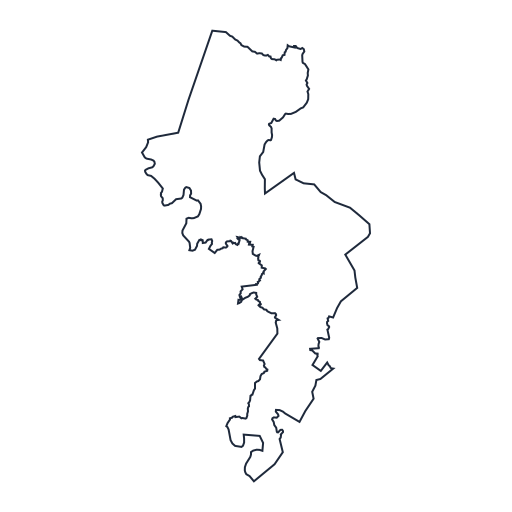 the district of Igualapa, Guerrero, Mexico
{"feature_id": "50627088B45724771957529", "entity_name": "Igualapa", "entity_type": "district", "adm_level": 2, "iso_a3": "MEX", "parent_name": "Mexico", "parent_adm1": "Guerrero", "projection": "natural_earth1", "projection_center": [-98.499, 16.781], "detail": "fine", "context": "isolated", "style": "outline", "palette": "slate", "viewbox_px": 512, "rotation_deg": 0, "n_neighbors": 0, "source": "geoboundaries", "source_scale": "gbopen_adm2", "svg_char_len": 6061}
<svg xmlns="http://www.w3.org/2000/svg" viewBox="0 0 512 512"><path d="M253.9,481.3L274.6,464.2L282.8,452.2L279.6,439.0L280.7,437.6L281.1,434.5L280.9,434.3L283.0,432.1L283.0,431.1L282.2,429.8L280.8,429.8L280.2,430.1L278.1,432.4L277.2,432.3L276.8,431.7L276.2,427.7L274.3,425.1L273.7,422.0L272.1,419.4L272.5,418.2L273.8,417.4L276.7,417.7L278.5,415.9L278.1,414.4L275.8,411.6L276.0,409.9L279.6,410.1L282.9,411.6L285.2,413.5L299.5,421.9L305.4,410.9L313.6,398.7L312.2,391.8L315.4,385.6L316.4,380.0L320.4,379.0L333.2,368.6L331.3,368.3L330.6,367.8L329.8,366.2L328.6,365.2L327.2,362.5L320.8,370.9L312.5,365.0L317.7,356.3L317.3,354.9L317.7,354.2L317.6,353.6L315.3,353.5L312.2,350.4L310.3,350.1L310.1,348.8L318.8,348.2L318.9,347.5L318.4,346.1L318.6,343.9L319.3,341.9L317.6,338.5L317.9,338.1L321.6,338.0L325.1,339.5L328.8,339.2L329.2,337.8L327.4,329.6L328.1,329.2L329.2,327.0L329.0,326.3L327.5,325.2L327.0,323.2L327.1,321.9L328.2,320.9L327.6,318.4L328.6,317.8L329.1,316.4L333.1,317.5L337.1,308.0L340.9,301.3L357.2,287.9L355.3,277.5L354.5,270.5L345.3,254.6L367.9,236.9L370.0,233.3L369.4,224.2L359.1,215.2L350.0,207.7L334.7,202.0L326.2,195.2L320.7,192.1L314.2,184.4L303.6,183.3L295.6,179.4L294.0,172.9L265.0,193.5L264.8,188.2L264.9,179.2L262.0,174.7L260.0,170.7L259.2,162.5L259.9,156.3L263.2,152.0L264.6,144.4L266.2,141.9L267.7,140.4L268.7,140.0L270.5,140.3L271.0,140.0L271.9,137.3L272.1,135.1L271.6,132.4L271.6,128.4L271.0,126.9L269.2,125.3L268.9,124.4L269.1,123.8L271.3,123.0L273.6,118.7L275.1,119.0L275.8,120.4L276.9,121.0L279.2,120.7L283.0,117.4L285.1,114.1L285.8,113.6L288.1,114.0L291.0,113.9L295.8,111.9L300.7,108.4L303.2,107.4L306.8,102.7L308.2,99.2L308.3,94.2L307.5,91.5L309.1,88.9L306.9,85.7L306.6,84.5L307.4,83.0L305.9,80.5L306.7,79.3L307.9,75.5L307.7,73.0L308.4,69.4L305.0,64.1L302.8,62.8L302.5,61.8L302.2,55.2L302.6,53.9L304.3,51.5L303.8,49.2L302.3,48.0L300.6,49.0L297.2,48.0L295.7,46.0L294.2,46.0L294.6,47.5L289.1,46.3L287.7,45.3L287.4,48.2L286.0,50.0L285.6,51.7L284.7,52.3L284.5,54.9L282.7,55.3L281.7,57.7L281.1,58.1L280.7,60.0L279.6,59.5L276.8,59.8L276.3,60.3L274.7,59.3L272.0,59.1L271.4,58.7L270.9,58.1L270.5,56.5L269.3,56.5L267.8,54.9L266.2,55.6L264.2,55.4L263.0,54.8L261.9,53.5L259.4,53.2L257.1,53.6L254.9,51.8L252.3,51.4L247.5,46.8L244.2,46.6L241.4,45.1L240.5,43.3L239.2,42.4L237.5,40.6L235.2,39.5L232.3,36.6L230.0,35.8L225.9,32.1L212.3,30.7L188.5,99.8L178.2,132.7L157.1,136.6L147.9,139.7L148.1,142.3L146.2,147.1L142.0,152.5L144.6,157.1L145.6,158.1L146.9,158.7L151.1,159.5L153.5,160.6L154.4,161.7L154.8,163.8L153.5,166.2L152.3,167.3L148.5,168.3L145.5,169.9L145.0,170.7L145.2,171.8L146.3,173.7L147.6,175.1L151.1,175.9L154.5,178.7L158.2,182.7L162.8,188.5L162.0,191.7L160.9,193.1L161.1,194.3L160.8,194.8L161.1,196.3L162.7,198.2L162.8,200.2L162.2,201.8L162.4,203.0L163.7,205.3L164.6,205.6L168.4,204.9L169.9,203.7L171.9,203.2L176.1,199.2L181.3,198.5L182.3,197.7L183.5,195.0L184.0,189.6L185.3,187.7L186.3,187.1L189.4,188.0L191.0,190.6L191.1,193.7L190.1,195.3L190.0,197.2L196.7,200.6L198.0,200.4L200.6,203.8L201.1,206.4L201.0,209.0L199.3,214.2L197.9,216.4L193.9,218.1L191.7,218.3L188.6,217.8L186.5,218.7L186.3,223.3L182.5,230.5L182.3,233.0L183.2,235.4L189.1,241.8L189.6,243.0L190.2,247.8L189.4,250.2L192.5,250.7L195.0,249.7L197.0,245.9L197.2,243.7L199.4,239.9L201.3,240.3L201.3,239.6L202.7,240.2L202.8,243.0L205.6,242.6L207.5,240.0L208.0,240.1L208.4,239.6L211.5,239.3L212.2,241.0L211.8,242.8L212.0,243.9L210.4,245.9L208.9,248.9L214.7,253.0L217.3,249.8L219.6,249.6L221.2,248.6L222.6,248.3L223.3,247.3L225.9,247.6L226.5,247.2L227.4,246.4L227.4,245.7L226.5,244.7L225.8,243.4L225.9,242.4L227.0,241.4L230.2,241.2L230.4,240.7L231.1,241.0L232.7,243.5L233.3,243.1L233.4,242.7L234.7,243.2L235.2,243.0L236.0,244.3L237.4,244.9L238.0,243.7L238.5,243.9L239.6,240.2L239.2,239.5L238.4,239.4L237.6,238.6L238.0,238.3L237.3,237.0L237.9,237.1L239.7,238.8L240.2,237.1L241.7,237.9L241.9,237.4L242.8,238.2L245.8,238.7L246.0,239.4L247.7,240.3L247.7,241.7L250.2,241.8L249.9,243.0L249.2,243.1L248.9,244.6L252.7,244.8L252.3,246.4L253.6,246.8L252.5,251.2L252.8,253.9L255.6,255.6L256.8,255.9L259.1,254.8L258.8,255.7L258.0,256.4L258.4,257.8L258.1,258.6L258.4,260.3L259.8,260.8L260.0,261.4L259.6,262.5L258.8,262.7L258.7,263.2L261.8,265.4L261.7,267.7L265.2,268.4L265.8,269.0L263.7,271.3L263.7,273.2L263.1,272.8L262.8,273.6L261.9,274.1L261.7,275.3L260.7,276.7L260.9,277.7L259.3,279.2L259.9,280.4L259.2,280.6L258.9,281.5L257.8,281.9L258.0,283.3L257.1,284.1L256.3,284.1L256.6,284.8L241.7,286.6L242.6,289.3L240.6,291.4L240.7,293.3L239.4,295.0L239.9,296.8L241.1,296.4L241.8,298.0L240.5,298.7L240.6,299.7L239.0,299.8L238.6,300.7L238.4,300.5L238.0,303.5L239.4,303.0L241.2,301.8L241.8,300.1L245.3,297.8L247.8,296.8L249.7,295.4L249.9,294.2L251.5,293.3L253.6,292.5L256.2,292.9L256.2,294.4L257.2,296.8L255.3,298.7L256.2,299.5L258.0,300.1L258.3,301.0L259.9,301.9L260.0,303.1L260.8,304.1L260.8,304.4L259.9,305.1L258.8,304.8L258.5,305.3L260.4,307.1L262.4,307.7L264.0,309.4L266.4,309.8L267.3,311.2L269.0,312.1L271.5,313.3L275.1,313.2L276.0,314.2L275.8,314.5L276.1,315.4L274.9,317.2L275.1,317.8L278.6,319.9L276.6,320.2L275.9,321.1L276.0,321.9L275.7,322.6L277.3,328.5L277.4,333.6L259.0,358.9L259.9,360.1L263.1,360.5L264.6,364.0L263.9,365.5L264.3,366.9L265.3,367.4L266.3,368.9L267.4,369.5L267.2,370.8L264.4,371.7L263.8,373.1L261.7,374.0L260.5,376.1L260.0,379.3L258.3,381.1L257.0,381.4L255.0,383.0L255.0,388.6L253.9,390.2L252.4,394.7L251.5,394.8L251.2,395.5L250.5,395.8L250.1,400.2L249.5,401.8L248.3,403.2L248.9,404.2L249.0,406.3L248.2,407.1L247.8,408.7L248.0,411.3L247.2,414.0L247.3,415.5L246.4,418.1L245.6,418.6L242.3,418.0L241.4,418.3L239.3,416.6L235.5,417.1L235.3,416.0L232.6,416.8L232.1,417.7L229.9,418.3L230.0,419.5L227.6,423.0L226.3,426.2L227.4,427.0L228.6,429.5L230.6,440.2L232.4,443.5L235.1,445.9L241.5,446.9L243.0,445.7L244.1,442.6L244.1,438.6L243.7,434.6L259.7,435.9L263.1,442.9L262.4,450.8L259.6,449.9L256.7,449.7L253.2,450.6L251.0,452.1L251.0,454.5L250.3,456.9L246.1,463.6L244.9,467.2L244.8,470.4L245.3,472.3L246.3,474.2L249.6,476.1L253.9,481.3Z" fill="none" stroke="#1e293b" stroke-width="2"/></svg>